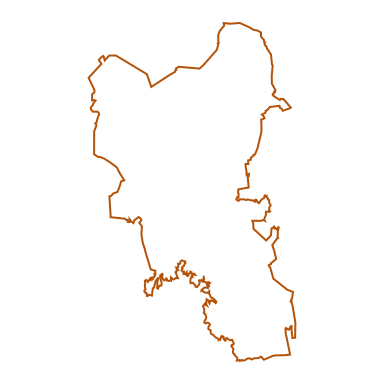 Jerécuaro, Guanajuato, Mexico
{"feature_id": "50627088B81849957139001", "entity_name": "Jerécuaro", "entity_type": "district", "adm_level": 2, "iso_a3": "MEX", "parent_name": "Mexico", "parent_adm1": "Guanajuato", "projection": "equal_earth", "projection_center": [-100.511, 20.185], "detail": "fine", "context": "isolated", "style": "outline", "palette": "amber", "viewbox_px": 384, "rotation_deg": 0, "n_neighbors": 0, "source": "geoboundaries", "source_scale": "gbopen_adm2", "svg_char_len": 6036}
<svg xmlns="http://www.w3.org/2000/svg" viewBox="0 0 384 384"><path d="M109.3,55.5L104.7,60.4L103.7,56.6L103.2,56.0L101.8,56.7L98.8,59.9L101.4,63.9L88.6,77.8L94.4,89.9L94.4,92.3L92.1,94.3L92.1,100.4L94.0,100.1L95.5,100.6L93.6,103.0L92.3,105.8L90.8,107.4L90.9,109.3L93.0,111.7L97.6,111.7L98.8,113.0L99.2,114.2L97.5,118.4L96.5,122.6L95.3,123.3L96.5,125.3L94.2,131.2L94.1,154.2L98.1,157.0L99.5,156.8L104.2,158.6L110.5,162.6L116.8,167.4L120.1,173.8L124.2,180.3L121.1,181.4L119.7,186.3L117.4,192.0L113.2,193.5L111.4,195.7L109.4,196.3L110.7,217.2L125.0,218.7L126.5,220.1L127.6,220.0L127.8,222.0L129.4,222.1L129.9,221.7L129.7,219.4L131.0,221.3L133.4,223.1L134.3,220.4L138.6,217.0L141.0,218.8L141.3,220.5L139.2,222.7L141.9,226.3L141.4,234.3L142.8,243.2L144.6,248.2L145.7,252.8L150.8,269.5L155.4,270.8L155.1,272.1L155.5,273.6L154.4,273.9L155.0,275.6L154.4,275.9L154.1,277.4L152.0,277.6L152.7,279.4L152.2,279.7L150.4,278.3L150.2,278.7L150.3,279.7L149.6,279.3L149.4,280.2L148.8,280.3L147.9,281.9L146.2,279.9L144.9,280.9L145.2,282.2L144.8,286.5L145.5,289.3L144.6,290.1L144.3,291.2L144.6,291.8L145.6,292.3L145.6,293.0L146.8,293.5L146.8,295.9L147.5,296.1L148.9,294.8L151.9,295.6L152.8,288.2L154.0,287.7L155.6,281.1L157.7,278.3L158.3,278.1L158.3,278.7L157.4,281.8L157.2,288.2L158.0,288.7L158.9,286.4L159.9,285.5L161.2,285.6L161.7,283.9L161.6,282.7L160.6,279.0L160.2,275.5L160.5,274.9L161.9,274.6L162.3,273.0L162.6,275.3L161.9,276.4L163.1,279.3L164.1,280.4L165.0,280.2L166.3,278.4L166.9,279.0L167.1,280.5L168.6,281.0L169.7,280.6L170.9,280.9L171.0,277.4L173.4,279.6L175.9,278.0L177.9,278.2L175.5,272.1L176.6,271.7L176.6,270.0L178.1,269.8L176.2,267.5L177.8,267.5L178.4,266.9L178.0,263.8L179.7,264.0L180.3,263.0L180.5,261.3L181.2,260.9L181.1,260.2L181.4,260.8L182.1,260.4L184.8,261.3L185.3,261.8L184.8,262.4L185.3,263.4L184.7,263.9L183.9,265.8L182.2,267.0L182.0,267.6L182.7,268.5L181.8,269.5L181.6,270.4L182.6,271.7L183.9,271.5L183.6,274.1L185.1,274.0L186.6,272.2L186.5,275.2L187.5,276.0L188.5,275.3L188.2,273.9L190.0,273.1L190.4,271.6L191.7,272.4L191.5,273.6L192.7,274.1L194.0,273.9L194.9,273.2L194.3,274.3L194.9,274.8L193.6,274.7L191.6,276.0L191.6,276.7L192.3,277.2L190.9,278.0L190.5,279.0L190.3,282.2L190.6,283.2L192.7,282.7L195.2,285.2L195.5,286.7L197.1,287.0L198.9,284.8L199.7,282.7L198.8,279.7L199.7,280.8L201.3,280.1L202.1,281.5L202.9,281.6L202.7,280.5L203.7,278.6L203.5,277.4L203.7,277.1L204.2,278.9L203.7,280.5L204.5,281.9L207.3,282.6L208.2,282.1L209.8,282.9L208.7,283.5L208.9,285.6L208.1,285.0L208.2,284.1L207.6,284.2L207.8,285.5L207.2,285.2L207.9,287.0L208.5,286.9L207.6,287.4L207.7,288.0L206.3,287.4L203.9,287.9L201.4,290.3L201.4,291.0L202.6,290.5L203.2,291.4L205.3,292.7L207.6,292.8L209.2,291.3L209.2,293.8L210.0,295.0L210.8,297.2L213.8,298.9L216.2,301.5L215.9,301.9L216.1,302.6L215.6,303.1L215.0,302.3L211.6,300.3L210.2,300.8L210.6,301.1L209.5,303.4L208.3,300.3L206.6,299.3L206.4,302.6L205.7,302.6L205.5,303.1L206.8,305.5L204.4,304.2L202.9,306.2L204.2,308.6L204.3,311.9L203.9,312.5L204.2,313.7L205.5,314.4L206.3,317.3L205.6,319.5L204.7,320.5L204.3,322.5L205.4,323.4L207.0,322.7L208.4,322.9L209.6,323.9L210.0,324.8L208.5,326.7L208.4,329.1L210.7,330.3L210.6,332.6L211.4,334.1L213.2,334.8L215.1,337.0L218.9,339.3L218.8,339.8L219.4,339.4L220.0,339.9L221.2,336.6L221.7,337.0L222.5,336.1L223.7,337.1L223.5,338.8L225.0,340.6L225.6,340.5L225.6,338.7L226.6,338.0L230.0,340.2L232.1,339.8L233.8,343.6L233.3,344.6L231.7,345.0L231.4,346.2L233.4,349.0L232.9,351.5L233.3,353.5L234.4,354.1L234.9,355.5L237.2,357.6L237.3,359.0L236.8,360.6L239.4,360.1L239.9,361.0L241.8,359.9L242.1,360.5L243.2,360.5L244.7,360.3L247.6,358.5L249.7,358.4L251.6,359.5L254.4,358.2L258.3,358.1L261.0,356.6L263.9,359.7L272.5,356.0L275.2,355.4L285.3,355.2L290.1,354.6L285.7,333.1L285.5,328.4L286.0,328.0L286.9,329.0L287.1,328.7L289.0,329.7L290.7,326.2L291.6,326.1L291.5,329.1L292.4,338.0L295.1,337.7L295.4,322.9L292.7,306.3L291.6,302.6L290.6,301.5L291.1,300.5L291.5,300.8L291.3,299.4L292.1,298.1L293.0,291.9L287.4,289.8L273.4,278.7L270.2,267.5L269.5,266.9L268.7,265.2L270.9,264.1L270.8,263.5L276.2,258.9L274.2,250.8L272.3,245.1L277.2,238.3L277.9,238.2L278.9,237.5L277.5,238.1L277.9,231.1L278.7,227.4L278.3,227.2L276.7,229.1L276.4,228.6L274.9,228.6L275.0,227.8L274.0,226.5L273.1,227.9L272.0,228.1L271.5,228.6L271.0,235.2L266.2,240.5L253.5,228.8L253.2,223.5L252.4,220.8L260.9,220.8L263.4,220.0L264.7,220.7L264.3,219.8L264.4,218.7L266.2,214.1L265.8,213.3L266.0,211.7L268.4,211.6L269.1,212.0L270.1,211.4L269.3,210.5L269.2,209.2L269.4,207.0L270.5,206.0L270.4,204.5L269.5,203.4L269.0,201.1L269.1,200.1L268.5,199.9L267.7,198.8L267.7,198.2L266.6,197.1L266.7,196.1L266.0,196.4L265.6,195.4L264.7,195.4L264.0,198.2L262.1,199.1L259.8,201.6L259.5,202.7L258.6,203.2L257.0,201.4L256.7,200.2L255.8,199.6L255.2,200.0L254.8,201.7L253.0,200.3L251.8,200.5L249.0,199.7L247.3,199.5L246.4,200.1L243.9,199.3L240.0,199.3L238.5,200.9L236.3,199.6L237.1,197.4L238.2,197.8L238.5,197.0L238.6,193.7L238.1,193.0L238.3,189.4L248.7,187.5L247.6,176.2L248.7,176.4L249.0,173.9L246.7,175.0L246.4,173.3L246.7,172.8L245.4,164.6L245.7,163.8L248.3,164.1L248.1,160.4L250.9,159.7L250.7,157.9L253.6,155.6L253.5,154.9L255.0,154.4L257.6,148.0L261.3,132.3L261.5,129.7L261.2,119.4L262.5,119.3L264.5,118.2L263.7,116.3L261.9,114.6L265.3,112.8L265.9,111.3L265.7,110.8L267.5,109.9L269.8,107.0L279.5,105.8L279.9,107.9L281.5,108.6L282.8,110.8L290.0,108.2L290.8,107.6L283.4,99.0L282.3,99.3L280.9,98.8L279.8,99.9L273.7,96.1L272.6,94.5L273.4,93.4L273.7,93.7L274.4,91.5L275.1,91.8L275.4,90.0L271.9,83.7L271.7,76.3L272.7,65.3L272.0,64.5L271.1,55.7L270.7,53.8L270.2,53.6L268.3,50.2L267.6,49.7L266.5,47.3L266.6,46.7L264.9,45.0L264.5,43.6L265.1,42.4L264.1,41.8L264.0,40.0L261.0,36.7L261.0,32.5L257.4,30.5L253.8,30.0L248.9,27.1L239.9,23.0L230.3,23.7L223.7,23.1L224.2,25.6L219.7,31.1L218.2,35.2L218.3,40.7L218.7,42.4L217.8,43.3L218.4,43.9L216.8,49.9L203.5,65.0L199.5,68.6L178.8,66.8L175.9,68.5L176.4,69.7L175.2,70.6L175.2,71.6L174.6,72.2L171.0,74.1L151.3,86.9L146.9,74.2L115.9,55.5L109.3,55.5Z" fill="none" stroke="#b45309" stroke-width="2"/></svg>